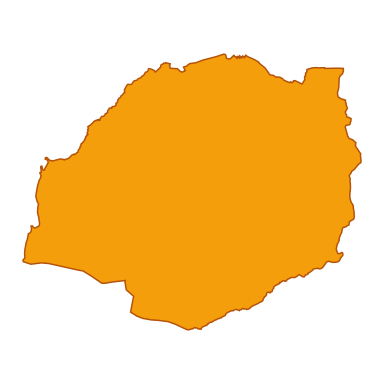 outline of Ningi, Bauchi, Nigeria
{"feature_id": "59680162B85522063023223", "entity_name": "Ningi", "entity_type": "district", "adm_level": 2, "iso_a3": "NGA", "parent_name": "Nigeria", "parent_adm1": "Bauchi", "projection": "robinson", "projection_center": [9.239, 11.022], "detail": "fine", "context": "isolated", "style": "filled", "palette": "amber", "viewbox_px": 384, "rotation_deg": 0, "n_neighbors": 0, "source": "geoboundaries", "source_scale": "gbopen_adm2", "svg_char_len": 5868}
<svg xmlns="http://www.w3.org/2000/svg" viewBox="0 0 384 384"><path d="M189.8,63.6L187.5,65.2L186.7,66.2L183.9,66.8L183.5,67.2L185.1,70.2L184.7,70.5L184.9,70.8L184.4,71.3L183.8,71.3L182.3,72.2L180.3,71.4L177.4,68.7L170.5,68.3L170.0,68.0L169.9,66.3L169.5,65.8L169.6,65.1L170.0,64.7L170.2,63.8L165.6,62.7L165.2,63.3L163.5,63.2L163.3,63.8L161.2,64.8L160.7,65.7L160.6,66.9L160.1,67.7L158.8,68.8L157.1,70.6L155.3,72.0L154.3,70.5L151.6,69.3L149.0,68.6L148.4,69.0L148.3,69.9L147.9,71.0L147.2,71.7L145.4,72.3L144.4,74.2L143.0,75.8L141.8,76.4L140.7,77.8L138.2,78.7L137.4,79.7L136.5,80.3L134.2,80.8L133.1,82.0L132.5,83.2L131.6,84.1L130.4,84.6L128.2,84.3L127.4,84.5L124.5,89.5L124.6,90.9L124.3,91.9L124.7,92.7L123.1,93.7L122.8,94.6L122.1,95.3L121.2,95.6L120.5,97.4L118.9,98.4L118.5,99.2L117.7,100.2L117.5,101.9L116.8,103.0L116.0,103.2L115.9,105.5L113.8,106.6L112.7,106.5L112.1,106.7L111.7,108.3L111.4,108.4L110.1,107.9L109.3,108.4L107.9,110.4L107.6,111.3L107.8,112.0L106.6,113.4L106.0,113.4L105.3,113.7L105.2,114.6L103.9,116.1L101.8,116.5L101.2,117.0L100.2,118.9L99.9,119.1L100.0,120.2L99.2,120.5L98.6,120.4L98.7,119.8L98.5,119.5L97.0,119.9L96.6,120.6L96.0,120.8L95.4,120.5L93.5,121.9L92.6,123.1L90.0,125.4L89.5,125.5L87.9,126.6L88.3,128.8L87.6,129.6L88.1,130.7L87.2,132.7L87.5,133.5L87.1,134.1L87.8,134.5L86.4,136.1L85.9,136.3L85.8,136.7L86.0,137.0L85.3,137.8L85.0,139.6L84.5,139.8L84.1,140.9L82.3,143.0L81.3,143.7L80.9,144.3L81.1,145.1L80.9,146.0L80.4,146.2L79.9,147.2L79.9,148.1L78.3,150.2L78.0,152.1L77.2,152.4L74.9,154.6L74.5,154.6L74.1,154.1L71.8,155.1L68.9,158.2L64.3,159.9L64.2,159.5L60.3,158.9L52.5,161.0L51.8,160.7L50.0,160.6L49.3,159.8L48.7,159.6L47.4,157.9L46.7,157.5L45.4,157.7L45.3,159.2L47.1,159.9L47.8,160.5L48.2,162.7L45.1,168.1L44.3,170.1L42.9,170.0L41.8,166.1L40.7,166.5L41.3,172.4L39.9,172.7L40.4,174.4L41.1,175.5L40.5,178.0L39.2,180.3L37.6,185.7L36.2,193.3L35.9,196.6L37.1,201.5L38.5,204.0L37.8,207.5L37.5,212.3L38.6,217.0L39.6,223.5L39.2,225.8L35.0,228.1L33.5,227.5L32.6,226.0L31.1,226.0L31.5,228.3L31.2,230.9L30.5,232.4L29.5,233.3L28.4,233.7L27.1,240.4L26.3,242.0L24.9,249.7L24.6,253.7L24.9,257.6L24.5,258.7L23.8,259.0L23.2,259.7L23.0,260.7L23.3,261.7L30.9,264.2L41.4,262.9L48.6,263.5L79.6,270.4L82.9,270.9L91.3,276.0L101.6,283.1L102.9,283.3L105.3,283.2L112.4,282.0L125.3,280.5L125.0,282.1L126.3,289.9L133.6,296.2L130.6,312.1L136.9,316.1L142.9,318.4L151.4,319.9L157.9,320.3L168.0,321.6L174.8,324.0L186.6,329.5L188.9,329.9L189.7,329.4L193.2,328.6L194.5,327.5L195.5,328.0L196.0,327.8L197.1,328.0L197.6,328.6L199.1,329.1L199.4,329.1L200.1,328.7L201.0,329.3L202.1,327.1L203.7,326.5L205.2,325.7L205.6,325.5L206.2,325.6L206.9,325.2L207.8,323.9L208.1,323.6L208.4,323.8L209.8,322.5L210.7,322.1L211.3,322.3L212.2,321.9L214.9,320.1L215.8,320.0L218.1,318.7L219.2,318.6L219.9,318.1L221.5,317.8L222.4,316.6L223.4,316.4L225.3,315.4L225.9,313.8L228.1,312.2L230.4,311.3L231.2,310.7L233.4,310.7L234.0,310.1L236.0,309.4L236.5,309.4L237.1,309.8L237.7,309.8L239.5,310.6L239.8,310.0L240.6,309.6L241.5,309.5L242.1,308.7L242.6,308.5L244.0,309.0L246.3,309.0L246.8,309.5L249.2,308.8L249.5,308.4L252.3,306.1L258.0,303.5L260.0,302.2L261.3,301.8L262.3,301.1L262.9,300.5L263.0,299.6L263.6,298.4L264.2,297.7L264.1,297.3L264.4,296.8L265.5,296.3L266.5,294.9L266.7,293.3L267.0,292.6L268.5,292.1L270.0,292.9L270.7,291.9L271.4,291.9L272.0,291.5L272.3,291.1L272.2,290.4L273.8,287.9L273.6,287.2L273.8,286.9L276.4,284.9L277.4,284.7L279.5,283.5L279.4,282.9L279.5,282.5L280.6,282.6L281.5,281.7L282.4,281.3L282.7,280.8L283.3,280.7L284.7,280.8L285.0,281.3L285.6,281.3L286.6,280.7L287.0,279.7L288.0,279.1L291.6,277.4L294.6,277.6L297.2,276.2L298.4,275.0L299.0,274.8L300.0,275.0L302.6,276.8L304.2,276.9L305.5,274.9L306.5,274.8L307.7,274.2L308.3,273.6L308.3,273.0L310.0,272.2L311.4,270.9L312.4,270.5L313.2,269.3L314.1,268.8L318.1,268.3L319.0,268.8L320.4,268.8L322.5,267.7L325.1,264.2L326.3,262.3L327.3,261.7L328.7,261.3L332.7,262.4L335.3,262.3L338.7,261.5L340.0,259.6L340.4,258.3L342.8,255.4L342.8,253.3L342.1,252.5L341.4,252.6L340.5,253.3L338.7,253.8L337.5,252.9L336.2,249.0L337.4,243.9L338.2,242.7L339.1,240.5L339.3,239.5L339.1,238.8L340.4,234.9L341.7,232.5L342.3,228.9L342.8,227.9L343.6,227.4L345.9,226.8L348.2,225.1L349.0,224.9L349.3,221.8L353.6,219.1L354.0,218.3L354.2,217.0L354.1,212.2L353.3,208.0L353.2,205.5L351.0,201.9L350.0,198.3L349.8,196.5L349.9,193.7L350.5,187.8L350.3,183.1L350.0,181.4L350.2,178.7L349.2,175.8L350.3,173.8L351.0,173.2L351.6,171.4L354.5,169.2L358.2,164.6L361.0,162.3L360.9,159.5L360.4,155.1L360.8,154.0L355.4,146.0L355.9,142.8L352.8,139.9L349.2,138.5L347.6,136.0L347.6,135.6L345.2,126.9L346.1,125.3L349.4,124.8L350.2,123.9L350.3,122.4L350.8,121.6L351.1,118.6L348.6,117.4L346.8,116.9L346.5,114.8L345.8,114.0L345.3,111.9L347.4,108.3L346.2,105.1L346.3,104.3L345.5,101.9L345.5,100.1L341.1,98.8L338.2,97.0L337.8,95.5L337.4,93.0L338.7,88.0L339.2,77.9L340.4,75.6L342.5,73.8L343.4,71.0L343.3,68.4L337.0,68.2L324.7,68.4L324.6,67.7L318.2,67.9L316.8,67.6L312.2,67.9L307.1,69.4L307.1,69.8L306.8,70.1L307.0,71.6L306.5,72.3L305.8,72.8L305.5,74.1L305.6,75.9L305.0,76.1L304.7,76.8L304.5,78.0L304.9,79.2L304.7,79.4L304.3,80.7L303.6,81.3L303.2,82.4L301.8,84.1L299.0,82.5L294.9,80.6L293.6,80.7L293.6,81.4L293.1,81.7L292.7,82.3L292.1,82.6L290.4,81.8L290.0,82.5L289.5,82.7L283.9,80.2L282.5,78.6L282.0,78.5L280.9,77.7L279.1,77.1L275.4,77.0L273.6,75.4L270.0,74.9L265.0,67.9L259.7,63.6L258.2,61.7L252.3,58.6L247.7,56.7L245.8,55.2L245.2,56.0L245.0,57.3L244.5,57.7L243.9,56.8L242.7,56.0L242.3,56.8L242.4,57.4L241.8,57.8L241.2,56.9L239.8,56.0L240.2,57.5L240.0,58.1L239.5,58.2L239.0,57.8L238.5,56.8L237.8,56.4L237.3,56.5L237.5,57.6L237.3,58.2L236.8,58.3L235.8,56.9L235.2,56.5L234.7,56.6L234.2,56.3L234.2,55.5L233.7,55.4L230.1,59.0L227.8,58.8L226.6,58.3L226.2,57.2L225.9,55.6L225.4,54.6L223.9,54.1L216.3,56.6L202.9,60.1L195.9,62.7L189.8,63.6Z" fill="#f59e0b" stroke="#b45309" stroke-width="1.5"/></svg>